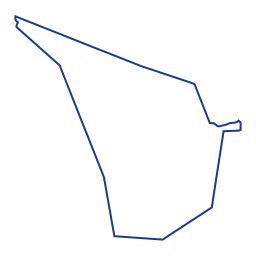 outline of Veracruz, Copán, Honduras
{"feature_id": "27666195B16497975413079", "entity_name": "Veracruz", "entity_type": "district", "adm_level": 2, "iso_a3": "HND", "parent_name": "Honduras", "parent_adm1": "Copán", "projection": "robinson", "projection_center": [-88.814, 14.889], "detail": "fine", "context": "isolated", "style": "outline", "palette": "blue", "viewbox_px": 256, "rotation_deg": 0, "n_neighbors": 0, "source": "geoboundaries", "source_scale": "gbopen_adm2", "svg_char_len": 1187}
<svg xmlns="http://www.w3.org/2000/svg" viewBox="0 0 256 256"><path d="M214.8,124.0L213.9,123.3L209.8,123.0L194.5,84.0L192.9,83.4L141.1,66.1L128.5,61.1L97.2,48.8L15.5,16.4L15.5,16.6L15.5,16.8L15.5,17.0L15.4,17.3L15.4,17.5L15.4,17.9L15.4,18.0L15.4,18.3L15.4,18.5L15.4,18.8L15.4,19.0L15.5,19.2L15.5,19.3L15.5,19.5L15.8,20.1L16.0,20.5L16.2,20.8L16.3,20.9L16.4,21.0L16.5,21.1L16.6,21.3L16.8,21.4L16.9,21.5L17.0,21.6L17.3,21.8L17.5,21.9L17.5,22.0L17.7,22.3L17.7,22.5L17.8,22.6L17.8,22.8L17.7,23.0L17.7,23.3L17.5,23.5L17.4,23.7L17.3,23.8L17.2,24.0L17.1,24.3L17.0,24.5L16.9,24.6L16.9,24.8L16.8,25.0L16.7,25.2L16.7,25.4L16.6,25.6L16.6,25.8L16.5,26.0L16.4,26.5L16.4,26.9L17.2,27.7L59.7,65.4L69.8,91.1L79.4,115.3L80.5,118.1L89.2,140.0L93.7,151.3L103.9,177.1L109.3,207.5L114.1,234.7L114.4,236.2L114.5,236.2L162.7,239.6L173.1,232.7L210.3,208.4L211.8,207.5L215.5,183.2L223.6,131.2L238.6,130.6L240.6,130.0L240.6,122.6L238.6,120.6L237.8,121.5L237.1,121.9L236.4,122.1L235.4,122.5L234.1,122.7L232.3,122.9L230.7,123.0L229.2,123.4L228.2,123.8L227.0,124.3L226.1,124.7L224.4,125.1L222.2,125.6L220.6,125.9L219.1,126.4L217.4,126.1L216.4,125.1L214.8,124.0Z" fill="none" stroke="#1e3a8a" stroke-width="2"/></svg>